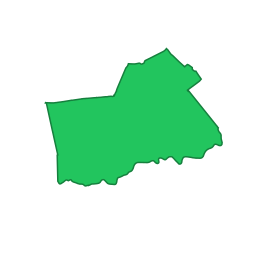 Amstelveen, Noord-Holland, Netherlands (Albers equal-area conic projection), rotated 53°
{"feature_id": "6326949B86462259358438", "entity_name": "Amstelveen", "entity_type": "district", "adm_level": 2, "iso_a3": "NLD", "parent_name": "Netherlands", "parent_adm1": "Noord-Holland", "projection": "albers", "projection_center": [4.846, 52.286], "detail": "fine", "context": "isolated", "style": "filled", "palette": "green", "viewbox_px": 256, "rotation_deg": 53, "n_neighbors": 0, "source": "geoboundaries", "source_scale": "gbopen_adm2", "svg_char_len": 5354}
<svg xmlns="http://www.w3.org/2000/svg" viewBox="0 0 256 256"><g transform="rotate(53 128 128)"><path d="M58.3,178.9L58.6,178.6L59.0,178.2L84.9,190.1L85.2,190.2L94.8,194.6L107.3,200.3L107.1,200.9L128.3,216.1L130.8,216.4L131.2,216.3L131.4,216.2L131.6,216.1L131.8,215.8L131.9,215.6L132.1,215.0L132.1,214.6L132.3,212.2L132.2,210.0L132.2,209.4L132.2,209.2L132.3,208.9L132.4,208.7L132.5,208.4L132.8,208.1L133.0,208.0L134.0,207.5L134.2,207.4L134.3,206.9L134.4,206.2L134.5,205.7L134.8,204.9L135.0,204.7L135.3,204.7L136.5,204.7L137.1,204.6L138.2,204.1L138.8,203.7L139.8,203.0L140.5,202.5L141.1,202.1L141.8,201.8L142.4,201.3L142.8,201.0L143.4,200.6L143.8,200.2L144.1,199.9L144.3,199.4L145.0,198.7L145.6,198.1L146.0,197.8L146.4,197.7L147.1,197.5L147.6,197.4L148.0,197.3L148.5,197.0L148.7,196.8L148.9,196.4L149.4,195.2L150.0,193.9L150.2,193.5L150.3,193.6L150.6,192.5L150.7,191.4L151.0,190.5L151.7,189.6L152.5,188.3L153.3,187.0L153.9,185.9L154.4,184.8L154.6,184.1L154.6,183.0L154.1,181.7L153.8,180.6L153.9,179.7L154.2,179.1L154.6,178.5L155.2,178.2L155.9,178.1L156.7,178.0L158.6,177.8L159.9,177.6L160.5,177.3L161.3,176.8L162.4,175.7L163.6,174.3L164.9,172.9L165.3,172.2L165.4,171.8L165.4,171.7L165.3,171.2L165.1,170.7L164.4,169.6L162.9,168.1L162.7,167.8L162.3,167.3L161.9,166.6L161.7,166.1L161.7,165.9L161.8,165.5L162.5,163.6L162.9,161.8L163.1,160.4L163.1,160.1L163.3,159.5L164.0,158.0L164.2,157.3L164.3,156.9L164.3,156.6L164.3,156.2L164.2,155.7L163.9,154.6L163.8,154.3L163.8,153.9L163.9,153.2L164.2,152.3L164.3,151.7L164.4,151.4L164.3,150.4L164.0,149.5L163.4,148.3L162.4,146.9L161.8,146.1L161.6,145.7L161.3,145.1L161.1,144.4L161.0,144.0L160.9,143.7L160.9,143.3L160.9,142.9L160.9,142.6L161.0,141.9L161.2,141.4L161.5,140.8L162.5,139.4L166.6,134.2L167.3,133.3L167.7,132.5L167.9,132.1L168.2,131.1L168.3,129.8L168.4,129.5L168.5,128.9L168.7,128.5L168.9,128.1L169.1,127.9L169.4,127.4L169.6,127.3L169.9,127.2L170.4,127.1L172.1,126.9L172.6,126.8L172.9,126.6L173.4,126.4L173.8,126.1L174.1,125.8L174.2,125.5L174.3,125.1L174.3,124.9L174.3,124.6L174.2,124.3L174.1,124.2L173.8,123.8L171.7,122.7L171.3,122.3L171.1,122.1L170.9,121.7L170.9,121.3L171.0,121.0L171.0,120.8L171.2,120.6L171.4,120.2L171.8,119.8L172.0,119.5L172.7,119.1L173.8,118.6L174.9,118.1L175.3,117.8L175.6,117.6L175.8,117.2L175.9,116.8L175.9,116.4L175.7,114.9L175.7,113.7L175.7,113.4L175.7,113.0L175.8,112.5L176.0,112.2L176.1,111.9L177.1,110.6L177.6,110.2L178.0,110.1L179.2,109.9L179.9,109.8L181.1,109.7L182.7,109.6L185.3,109.2L185.9,109.1L186.7,109.1L186.9,109.1L187.3,109.0L187.6,108.8L187.8,108.6L188.0,108.3L188.1,108.2L188.2,107.8L188.3,107.5L188.3,107.2L188.2,106.6L188.1,106.3L187.7,105.7L187.2,105.2L186.5,104.6L186.3,104.3L186.0,103.9L185.7,103.4L185.3,102.7L185.2,102.5L185.1,102.2L185.0,101.8L184.9,101.2L184.9,100.8L185.1,100.4L185.3,99.8L185.6,99.3L186.0,98.8L186.6,98.1L189.4,95.3L190.8,94.1L191.5,93.3L192.9,91.9L194.5,89.8L194.9,89.4L195.5,88.6L195.9,87.9L196.1,87.4L196.2,86.5L196.0,85.4L195.8,84.8L194.3,82.5L193.9,81.6L193.5,80.7L193.4,80.4L193.3,79.9L193.1,79.2L193.0,77.9L193.1,76.8L193.2,75.8L193.6,74.9L193.9,73.7L194.1,72.8L194.0,71.7L193.8,70.8L193.3,69.4L193.3,69.1L193.3,68.8L193.3,68.6L193.4,68.3L193.5,68.0L193.7,67.8L194.9,66.8L196.5,66.0L197.4,65.2L197.9,64.3L197.7,63.0L196.3,61.6L193.4,60.4L192.4,59.9L191.7,59.4L190.3,58.4L189.8,58.0L189.3,57.8L188.7,57.6L187.8,57.5L185.9,57.6L184.6,57.4L183.2,56.9L182.3,56.0L182.2,55.8L180.8,55.9L180.5,55.8L180.1,55.8L178.7,55.9L165.2,56.3L139.3,57.1L135.4,57.2L135.1,57.3L135.1,57.8L134.0,57.9L134.0,57.6L133.8,57.6L133.8,57.1L133.5,57.2L133.6,44.7L133.6,43.0L133.5,42.4L133.5,42.1L133.3,41.4L133.0,40.1L127.7,39.9L123.4,39.6L123.0,40.4L122.9,40.6L120.0,41.4L118.4,40.3L114.2,41.6L113.0,42.4L113.1,44.5L113.2,45.6L112.9,45.6L112.9,46.0L106.2,47.3L96.6,48.8L95.6,49.2L94.1,49.3L89.1,49.2L88.9,49.2L88.8,49.3L88.6,49.5L87.7,49.6L87.9,50.1L88.0,50.6L88.1,51.1L88.2,52.1L88.2,52.9L88.2,53.3L88.1,54.0L84.9,71.6L84.5,73.6L84.5,73.9L84.6,74.1L84.7,74.5L84.9,74.8L85.4,75.5L85.6,75.9L85.7,76.1L85.8,76.4L85.8,76.7L85.6,77.1L85.5,77.7L85.3,78.4L85.2,78.6L85.0,78.9L84.5,79.2L83.6,79.5L83.4,79.6L83.1,79.9L82.9,80.1L81.4,83.2L80.9,84.1L78.7,86.9L77.5,88.3L77.2,88.7L76.9,89.0L77.6,90.0L77.8,90.3L78.0,90.7L78.3,91.4L78.5,92.2L78.7,93.3L78.9,93.8L89.3,111.8L90.4,113.6L90.9,114.3L91.3,114.8L91.4,115.0L91.6,115.0L91.8,115.2L91.9,115.5L92.0,116.1L92.8,117.6L93.3,118.5L93.5,118.9L93.9,119.4L93.4,119.6L93.9,120.3L93.9,120.6L93.8,120.8L93.6,121.3L93.4,121.5L93.1,121.7L92.2,122.8L90.9,124.9L90.9,125.1L90.5,125.8L89.9,126.7L89.6,127.0L88.9,128.2L88.8,128.3L88.8,128.5L88.5,128.8L87.4,130.7L87.4,130.8L86.4,132.3L85.4,133.8L85.3,134.1L84.8,134.9L84.7,134.9L84.7,135.0L83.9,136.2L83.7,136.5L83.5,136.8L79.9,142.6L79.6,143.0L79.1,143.7L79.1,143.9L78.8,144.3L78.7,144.4L78.7,144.5L77.7,145.9L77.1,147.1L76.9,147.3L76.6,147.9L76.3,148.6L76.1,148.9L72.1,156.2L71.9,156.3L70.7,158.7L69.2,161.5L68.7,162.5L68.5,162.8L68.3,163.3L68.1,163.6L68.0,163.8L67.4,164.8L67.3,165.1L66.8,166.0L66.2,167.0L64.9,169.3L64.8,169.5L64.7,169.8L64.4,170.2L64.3,170.3L64.2,170.5L63.9,171.2L63.7,171.4L63.4,172.0L63.2,172.4L62.7,173.0L62.1,173.8L62.1,173.7L61.8,174.1L61.7,174.2L61.6,174.4L61.0,175.1L60.9,175.2L60.8,175.4L60.6,175.6L60.5,175.8L60.2,176.1L59.4,177.1L59.1,177.4L59.0,177.6L58.6,178.1L58.1,178.5L58.3,178.9Z" fill="#22c55e" stroke="#15803d" stroke-width="1.5"/></g></svg>